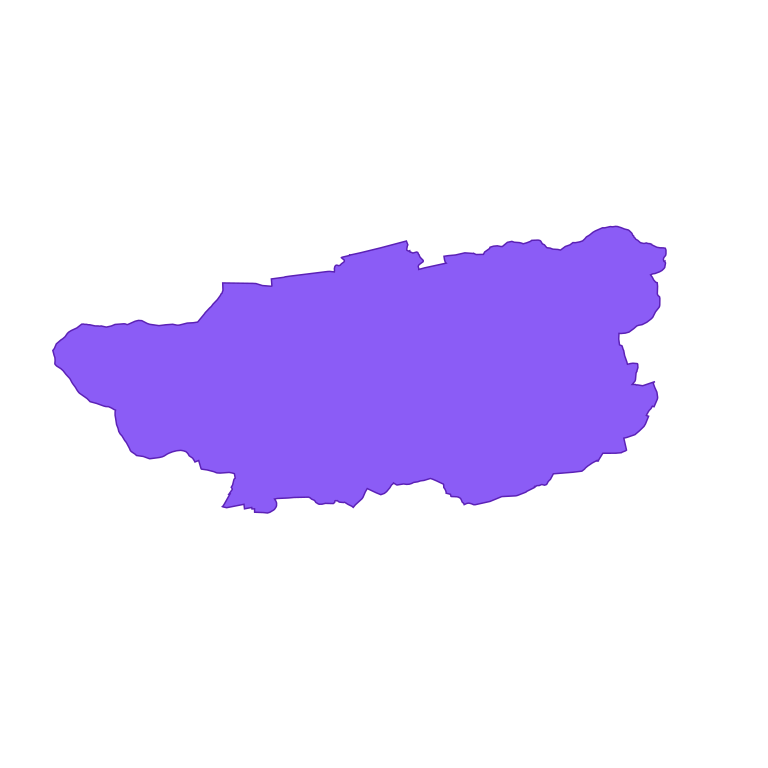 outline of Jucu, Cluj, Romania, rotated 343°
{"feature_id": "2599482B94337896165736", "entity_name": "Jucu", "entity_type": "district", "adm_level": 2, "iso_a3": "ROU", "parent_name": "Romania", "parent_adm1": "Cluj", "projection": "robinson", "projection_center": [23.807, 46.849], "detail": "fine", "context": "isolated", "style": "filled", "palette": "violet", "viewbox_px": 768, "rotation_deg": 343, "n_neighbors": 0, "source": "geoboundaries", "source_scale": "gbopen_adm2", "svg_char_len": 6132}
<svg xmlns="http://www.w3.org/2000/svg" viewBox="0 0 768 768"><g transform="rotate(343 384 384)"><path d="M692.7,336.4L690.7,335.4L688.1,334.6L684.9,333.0L680.9,329.3L680.8,328.6L679.6,327.9L679.5,327.6L677.5,326.8L676.1,325.8L674.2,325.7L673.2,325.4L670.5,323.8L668.6,320.7L667.1,319.2L666.8,318.0L666.0,316.6L666.0,315.4L665.4,314.7L665.2,312.8L665.0,312.0L663.3,308.9L662.5,308.0L659.3,306.1L656.6,303.9L653.4,301.7L651.7,301.0L648.5,300.5L646.4,299.6L640.8,299.2L638.5,298.5L630.8,299.4L628.2,300.0L624.0,301.7L620.6,302.5L618.3,304.0L615.8,305.2L612.7,305.3L608.3,304.8L606.0,304.0L602.5,305.3L597.6,305.5L592.3,307.4L591.8,307.5L589.7,306.2L584.9,304.4L582.6,302.6L580.0,301.5L579.4,301.0L578.1,297.8L576.4,296.2L575.7,293.3L575.2,292.5L574.2,291.8L573.3,291.4L567.2,289.8L565.7,290.4L561.6,290.7L558.0,290.6L556.9,289.6L554.7,288.3L550.0,286.5L548.0,285.0L543.4,284.6L537.4,287.1L536.0,286.7L532.8,285.0L529.0,284.2L525.4,284.2L524.5,285.3L518.8,287.2L517.0,289.1L509.9,287.1L507.8,285.1L507.4,285.2L499.6,282.2L490.0,281.5L482.8,280.0L478.7,279.4L478.2,282.8L478.2,284.8L478.3,285.6L478.8,286.6L456.9,284.8L450.7,284.6L451.0,283.7L451.1,281.5L451.4,281.1L451.9,280.5L453.4,279.8L457.1,278.5L457.5,277.9L457.6,277.2L455.7,273.5L455.4,272.2L455.3,270.6L454.9,270.0L454.9,268.7L454.6,267.9L453.7,267.3L449.9,267.2L448.4,265.9L447.6,265.7L447.6,264.0L446.5,264.2L445.0,262.8L445.1,261.8L446.7,258.8L447.5,257.9L447.2,253.8L420.6,252.8L399.5,251.6L389.9,250.8L388.9,250.4L388.7,251.0L380.8,250.5L380.2,250.8L382.2,253.9L382.0,255.0L381.3,255.6L378.4,256.6L376.8,257.6L375.3,257.6L373.8,256.6L373.0,256.4L372.2,256.6L371.2,257.5L370.2,259.3L370.0,260.6L369.3,262.3L364.9,260.4L362.8,259.9L324.7,253.2L320.7,252.6L319.7,252.7L307.0,250.6L305.5,257.4L304.6,257.5L296.5,254.3L290.9,250.5L287.9,249.4L259.3,240.2L257.4,247.3L255.5,249.9L254.6,250.2L253.5,251.4L249.3,254.6L243.9,257.6L241.5,259.4L239.7,260.2L233.9,263.5L232.8,264.4L223.9,270.3L219.3,269.6L213.6,268.2L205.3,267.8L203.4,267.3L199.4,265.1L192.8,263.6L185.9,262.4L177.4,258.4L175.3,256.9L170.9,252.6L167.8,251.4L164.4,251.2L156.2,252.2L155.4,251.9L154.3,251.0L153.0,250.4L144.2,248.4L140.3,248.8L135.1,248.4L130.5,245.8L129.1,245.6L127.8,245.0L124.7,244.0L120.1,241.4L118.4,240.8L116.8,239.9L115.3,239.5L114.1,238.8L112.4,238.4L106.6,240.6L100.7,241.4L97.6,242.2L95.9,243.1L92.9,245.5L90.0,246.8L87.9,247.4L82.4,249.8L79.1,253.7L77.1,255.1L76.9,260.1L77.0,262.6L76.3,265.5L75.2,268.2L75.2,269.1L76.2,271.1L79.4,274.8L81.0,277.4L82.7,281.9L85.0,286.6L85.4,287.9L85.9,290.8L86.4,292.7L87.9,296.9L88.7,300.3L89.5,302.6L90.1,303.8L95.8,311.1L97.8,315.0L103.4,318.5L109.8,323.3L111.5,324.3L113.9,325.1L116.4,327.3L118.4,329.5L119.6,330.5L118.7,332.0L117.7,335.3L117.3,338.4L116.4,344.6L116.7,348.7L116.5,351.8L117.1,354.6L118.3,357.2L119.5,362.1L120.5,364.7L121.7,370.8L122.0,373.5L122.6,374.8L125.5,378.4L126.4,380.0L132.6,382.9L137.9,386.9L138.7,387.1L147.6,388.6L150.6,388.8L152.6,388.6L156.2,387.6L157.9,387.3L161.9,387.0L166.2,387.2L170.2,388.0L172.6,389.2L174.7,390.7L175.6,392.1L176.2,393.5L176.7,395.7L179.3,398.9L180.2,402.0L180.4,403.3L184.4,403.0L184.3,411.3L184.5,412.0L189.8,414.5L195.8,418.2L197.8,419.9L199.1,420.5L201.4,421.3L210.1,423.3L213.0,424.8L214.7,426.0L214.2,430.5L213.2,430.9L212.4,431.7L209.7,436.3L207.7,438.1L208.2,439.6L208.1,440.4L203.5,444.0L204.5,444.2L196.1,452.2L194.6,453.5L193.6,454.0L194.2,454.5L197.4,456.3L214.9,458.1L214.1,462.6L221.4,463.4L221.2,464.9L223.7,465.5L222.8,468.8L231.1,471.7L234.9,473.3L237.4,473.3L241.5,472.3L242.7,471.8L244.6,470.3L245.6,469.1L246.5,466.4L246.4,464.5L245.7,462.0L248.6,462.3L259.1,465.0L264.8,466.2L279.0,470.2L279.3,470.7L280.0,471.1L281.0,472.8L283.1,474.6L283.7,475.5L284.2,477.3L286.1,479.5L286.8,480.0L289.5,480.8L293.0,481.0L300.5,483.5L302.1,482.9L303.0,481.4L304.0,481.4L304.6,481.9L305.3,481.9L306.2,483.3L307.0,484.0L310.6,485.5L311.8,485.6L314.4,488.6L317.6,491.6L318.5,493.0L321.2,491.2L329.4,487.3L330.8,486.2L334.6,481.7L337.4,479.1L344.9,485.9L348.6,488.9L352.4,488.7L355.0,487.7L359.3,484.9L361.7,482.7L363.2,482.2L364.1,481.4L366.5,484.1L367.0,484.4L373.5,485.3L376.3,486.6L378.9,487.2L381.4,487.2L383.6,486.8L387.8,487.4L390.5,487.3L394.0,487.9L400.7,487.9L402.6,489.2L405.8,491.9L411.5,497.1L411.6,497.7L410.9,500.6L411.4,501.7L411.8,503.9L411.8,505.6L411.5,506.6L415.3,508.9L415.2,511.0L415.5,511.3L420.6,513.1L422.0,513.9L423.2,515.1L423.7,515.8L424.0,517.0L424.3,519.9L425.3,521.4L425.4,522.8L428.3,522.4L430.3,522.7L432.5,524.0L434.4,525.6L435.8,526.1L451.0,527.3L463.7,526.1L477.4,529.5L479.0,529.6L488.1,528.9L489.2,528.4L497.5,527.0L498.0,526.8L497.8,526.5L498.2,526.4L498.4,526.0L499.1,526.3L500.5,525.9L502.9,526.5L505.1,526.2L506.0,526.5L507.9,527.7L509.7,527.7L510.4,527.4L512.4,525.4L514.4,524.2L515.1,524.0L519.7,519.4L538.8,523.6L547.8,525.2L550.9,524.0L552.3,523.1L554.9,522.0L560.1,520.4L565.3,519.4L565.2,520.0L566.5,520.3L567.0,519.5L573.0,514.2L585.3,517.9L590.9,519.1L591.9,518.8L595.6,518.5L596.6,518.1L597.5,505.9L600.8,506.1L609.2,505.8L614.5,503.5L620.2,500.6L622.4,498.6L627.6,492.2L625.7,490.8L626.0,490.4L628.7,487.8L630.2,486.6L632.1,485.6L634.1,483.7L635.6,484.7L640.8,478.6L641.4,477.7L641.8,476.7L642.6,471.6L641.9,466.4L641.7,462.2L642.8,461.1L643.8,460.9L630.9,461.3L626.2,459.0L624.9,458.7L624.6,458.2L624.1,457.9L621.2,457.0L624.9,454.6L625.7,453.5L628.3,447.1L629.7,445.7L629.7,445.4L631.6,442.6L632.4,439.3L632.3,438.7L631.9,438.4L628.1,436.9L625.7,436.5L622.6,436.3L622.7,433.7L622.4,427.3L623.0,422.1L622.8,420.8L622.8,417.9L622.7,417.0L621.1,415.8L620.7,415.3L621.6,409.7L623.5,404.3L625.4,405.0L629.7,405.9L633.5,406.0L639.0,404.1L642.7,402.4L644.7,402.3L648.2,402.7L653.4,401.8L658.7,399.8L660.5,398.8L664.7,394.4L669.5,391.1L670.4,390.0L670.9,388.8L672.8,382.9L673.0,381.2L671.9,379.4L671.7,377.8L674.2,370.5L674.9,367.0L673.6,366.1L672.3,363.3L671.8,360.3L670.8,357.6L673.1,357.2L675.4,357.6L680.3,357.3L683.0,356.7L685.2,355.6L686.5,354.7L688.6,350.6L688.4,349.3L688.6,348.5L687.7,348.7L687.5,348.2L687.6,346.5L688.5,345.0L690.9,343.4L691.7,342.0L692.8,338.4L692.7,336.4Z" fill="#8b5cf6" stroke="#5b21b6" stroke-width="1.5"/></g></svg>